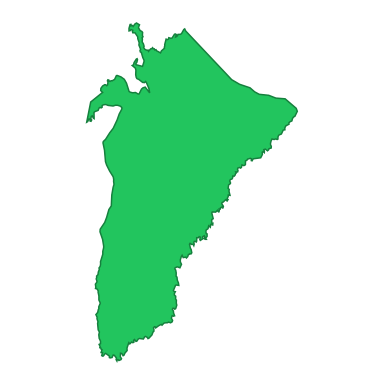 Bomet East, Rift Valley, Kenya
{"feature_id": "3690345B81361718006434", "entity_name": "Bomet East", "entity_type": "district", "adm_level": 2, "iso_a3": "KEN", "parent_name": "Kenya", "parent_adm1": "Rift Valley", "projection": "equal_earth", "projection_center": [35.412, -0.848], "detail": "fine", "context": "isolated", "style": "filled", "palette": "green", "viewbox_px": 384, "rotation_deg": 0, "n_neighbors": 0, "source": "geoboundaries", "source_scale": "gbopen_adm2", "svg_char_len": 5884}
<svg xmlns="http://www.w3.org/2000/svg" viewBox="0 0 384 384"><path d="M86.7,122.2L87.7,121.6L88.7,119.1L89.7,118.9L90.1,121.1L91.0,121.3L91.7,120.0L90.8,119.1L91.3,116.3L92.3,115.9L93.3,118.1L94.1,118.6L94.0,112.4L94.9,111.6L98.1,110.4L99.1,108.0L100.1,107.4L101.1,107.9L102.1,107.3L102.1,105.6L103.4,104.8L105.8,104.5L108.1,105.4L113.1,106.0L115.6,105.2L117.7,105.3L120.7,106.3L122.0,108.0L121.6,109.5L119.2,114.0L117.1,120.0L113.2,128.3L109.8,132.7L105.6,139.3L103.3,141.5L103.0,142.9L104.5,150.2L105.5,161.7L106.6,165.0L109.6,171.0L113.2,176.8L113.7,179.4L113.6,181.5L114.0,184.3L113.1,187.4L111.8,195.0L111.3,205.9L108.9,209.5L106.6,217.5L104.7,222.5L100.2,229.2L100.0,231.8L102.6,239.4L103.7,246.3L103.6,247.9L102.8,251.3L102.8,254.2L100.5,261.7L100.6,264.1L100.2,266.3L99.0,268.0L99.3,269.5L98.3,272.0L98.0,274.6L96.6,276.1L96.7,277.5L96.2,278.9L97.0,281.3L96.7,282.4L95.4,284.2L95.8,287.3L95.5,288.5L96.8,288.8L98.2,290.7L98.1,292.2L98.9,296.0L98.9,300.0L100.3,303.1L98.7,307.0L98.9,308.4L98.3,309.6L97.7,312.4L95.9,314.6L97.1,317.2L97.0,318.8L98.0,321.8L97.6,323.4L98.2,329.9L99.4,332.0L98.8,334.8L99.2,338.4L100.5,341.1L100.5,343.7L99.1,344.4L100.1,346.5L99.8,347.7L100.8,348.0L101.1,349.2L102.0,349.7L101.1,352.5L102.5,352.7L101.7,355.6L102.9,356.2L103.8,355.5L104.5,354.2L105.7,353.4L109.4,356.1L109.4,357.6L110.2,357.9L112.1,357.5L113.2,355.0L114.3,355.3L116.5,358.1L116.1,359.6L116.9,361.0L117.2,359.8L118.1,359.6L118.9,360.5L121.0,359.6L121.5,358.6L120.3,356.8L120.5,353.2L121.8,353.5L123.1,355.7L123.9,355.3L125.0,353.0L127.1,350.6L127.0,348.0L128.8,342.7L129.8,343.9L131.7,342.0L132.9,342.7L134.0,342.0L133.6,340.3L134.5,339.5L136.0,341.4L136.9,341.1L138.2,339.1L139.3,338.5L143.4,339.0L144.6,336.9L145.5,336.4L147.3,337.4L148.0,338.6L148.9,338.2L151.9,335.0L153.0,332.1L153.9,331.2L153.9,329.3L153.5,327.9L154.4,326.7L155.2,326.8L155.7,327.9L158.7,325.7L161.2,324.4L162.0,325.2L163.8,323.3L164.7,322.9L167.6,322.7L168.5,322.1L170.6,322.8L172.2,321.8L172.6,320.4L171.4,318.3L171.7,317.0L172.2,315.7L173.4,316.2L174.6,315.8L173.6,313.1L173.4,311.1L172.4,309.2L173.0,308.2L174.2,308.4L174.8,309.2L175.7,308.6L176.8,305.1L176.3,303.2L176.4,300.1L175.6,299.2L175.7,296.2L174.5,295.2L174.3,293.8L175.3,291.7L174.2,291.6L173.4,290.6L175.5,285.4L176.3,285.0L178.8,285.4L178.4,282.8L177.3,280.2L177.0,277.1L176.1,276.3L176.2,272.9L175.7,270.1L174.8,268.8L175.1,267.8L177.2,266.8L179.9,267.8L181.5,264.3L180.4,262.0L180.3,259.9L181.3,256.6L182.1,255.3L183.2,257.6L185.7,257.1L186.4,258.0L187.7,256.7L188.4,254.5L189.2,254.4L189.8,253.7L190.9,254.0L191.8,252.8L191.1,249.3L190.5,248.6L189.5,244.3L189.9,243.4L190.7,243.5L191.3,244.4L193.2,244.4L193.8,245.6L194.2,244.1L193.8,242.7L194.3,241.4L195.2,241.3L196.2,242.0L196.7,241.1L196.7,237.7L198.2,237.8L199.2,236.6L200.3,237.1L199.8,239.5L200.3,240.4L203.0,238.7L202.5,237.8L202.8,236.6L204.3,235.7L204.8,236.9L204.2,238.5L205.1,239.3L206.3,239.3L205.6,238.2L207.1,236.4L207.1,233.9L206.2,233.6L205.9,231.3L206.2,230.0L208.0,228.7L208.7,225.8L210.3,227.2L210.6,224.5L212.7,225.0L212.9,223.2L211.9,223.3L211.7,221.0L211.8,219.5L213.2,218.7L211.8,213.0L212.2,212.0L215.7,212.1L217.4,210.3L218.0,211.4L218.8,211.9L219.3,210.8L219.1,209.0L220.2,209.1L220.5,207.7L221.4,207.3L222.2,207.8L222.4,206.7L223.1,207.4L223.4,206.3L221.8,203.7L222.1,202.5L223.3,202.0L225.6,199.7L227.1,201.0L228.0,199.6L227.0,199.2L228.2,196.4L228.3,195.0L230.0,195.3L229.0,191.3L229.2,189.4L228.1,188.4L228.6,184.9L230.4,183.6L230.4,182.2L229.8,181.5L229.9,180.4L230.4,179.5L232.0,179.0L232.7,177.7L232.7,176.1L234.3,176.1L235.2,174.9L235.5,173.7L236.2,173.0L235.7,171.9L237.6,171.9L238.0,170.7L237.5,169.1L237.9,168.0L239.6,167.5L240.5,168.1L241.4,167.5L242.0,164.9L243.8,165.6L244.8,165.2L245.4,164.6L245.5,160.8L246.8,160.4L247.5,159.2L250.3,158.3L251.3,158.7L251.3,160.6L252.1,160.8L253.2,158.8L260.7,157.8L262.4,154.5L262.2,152.2L263.1,151.7L264.3,152.6L264.4,151.2L263.8,149.6L265.3,149.1L267.5,150.8L268.6,149.8L269.0,148.7L271.2,148.0L271.3,146.2L270.6,145.1L270.5,143.4L271.0,141.2L272.0,139.0L274.1,139.5L275.9,138.9L277.1,139.5L277.9,139.1L278.0,136.8L278.4,135.8L279.0,135.0L281.4,134.0L283.2,130.1L284.9,129.8L284.8,127.9L285.9,125.8L289.0,124.2L288.9,122.8L289.8,121.9L291.9,120.9L292.5,118.5L293.6,117.0L294.9,116.3L297.3,111.3L296.2,108.3L285.1,98.8L275.9,98.1L268.7,95.3L259.2,94.3L254.6,91.8L250.0,87.8L239.6,84.3L231.7,79.7L185.7,31.0L184.7,28.9L183.8,29.5L181.6,33.5L180.5,34.3L178.0,34.4L177.4,35.8L176.5,36.6L175.6,37.0L176.3,34.6L175.6,34.0L174.5,34.2L172.1,38.0L170.9,38.3L168.8,37.7L168.5,39.1L167.4,39.6L166.1,39.1L164.7,44.6L164.8,45.9L164.3,47.2L164.5,48.2L161.4,50.9L160.5,52.9L156.5,50.7L156.0,49.7L154.9,50.0L154.3,48.8L153.2,48.8L152.6,47.7L151.6,48.7L150.6,48.9L148.5,51.3L148.1,50.1L147.0,50.3L144.9,49.4L143.6,47.4L144.1,46.3L143.4,43.9L142.2,41.9L142.4,39.1L142.1,37.7L143.0,36.8L142.4,35.4L142.6,32.4L141.9,31.5L139.9,30.4L139.4,29.1L138.6,28.3L138.6,27.0L139.5,24.8L136.5,23.0L134.9,24.0L133.1,26.5L132.3,25.5L131.1,25.9L131.0,24.4L130.1,24.5L129.0,28.3L129.0,30.9L130.3,30.6L131.0,29.6L132.8,30.3L132.4,31.4L132.8,32.8L135.0,32.8L137.7,36.8L137.8,38.7L139.2,42.8L138.9,45.0L140.6,49.3L140.0,50.4L140.3,51.9L141.3,52.4L142.8,57.6L144.0,60.2L144.0,61.6L142.5,66.4L136.0,64.7L135.9,63.5L136.8,62.4L137.5,59.7L137.1,58.7L136.3,59.1L134.1,62.5L133.5,64.8L132.2,65.5L135.4,68.2L135.9,70.3L135.7,74.7L136.2,77.3L136.9,78.6L138.9,79.5L142.6,82.4L144.5,82.6L145.6,81.5L146.5,82.8L148.9,88.5L149.7,92.9L145.2,87.1L143.0,87.8L141.5,89.1L139.1,93.9L138.1,94.0L135.5,92.5L132.7,92.8L130.3,92.2L129.1,91.5L126.5,83.2L124.3,79.3L121.0,76.9L117.3,75.5L116.4,75.6L114.6,79.4L112.2,80.8L111.1,80.7L110.1,81.4L109.2,81.1L108.9,80.1L107.9,79.8L107.4,80.9L108.0,81.7L107.6,84.9L106.8,85.7L105.8,84.8L104.7,84.7L102.6,86.0L100.9,88.3L100.7,90.6L102.6,92.4L90.7,102.0L86.7,122.2Z" fill="#22c55e" stroke="#15803d" stroke-width="1.5"/></svg>